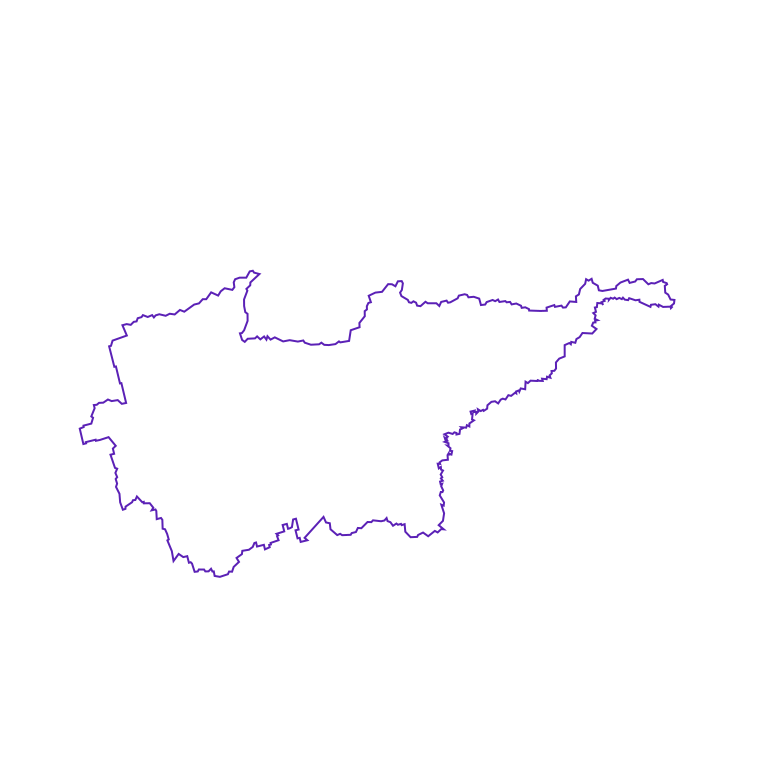 the district of Snowy Valleys, New South Wales, Australia, rotated 247°
{"feature_id": "25037944B29882714445476", "entity_name": "Snowy Valleys", "entity_type": "district", "adm_level": 2, "iso_a3": "AUS", "parent_name": "Australia", "parent_adm1": "New South Wales", "projection": "natural_earth1", "projection_center": [148.158, -35.943], "detail": "fine", "context": "isolated", "style": "outline", "palette": "violet", "viewbox_px": 768, "rotation_deg": 247, "n_neighbors": 0, "source": "geoboundaries", "source_scale": "gbopen_adm2", "svg_char_len": 6149}
<svg xmlns="http://www.w3.org/2000/svg" viewBox="0 0 768 768"><g transform="rotate(247 384 384)"><path d="M273.5,153.1L270.6,157.6L269.9,166.0L271.9,168.1L270.6,170.8L274.4,174.2L276.9,181.0L281.5,180.3L282.9,186.7L285.8,188.4L284.2,194.9L285.3,199.5L288.3,202.6L288.1,204.3L284.0,203.6L282.9,210.6L278.3,209.8L278.4,215.0L280.7,215.4L280.5,217.2L282.0,217.5L281.4,225.9L285.8,226.1L286.0,227.4L288.1,226.5L287.3,234.6L293.8,235.6L293.2,239.9L288.2,239.1L288.0,240.7L288.2,243.3L294.8,247.4L294.4,250.3L283.4,248.5L283.9,245.4L275.7,244.1L275.3,246.3L271.2,245.6L270.1,252.4L273.4,250.8L285.3,276.4L279.2,276.5L277.0,279.7L271.2,278.0L263.2,281.9L263.2,285.1L261.2,286.4L258.2,294.4L259.4,296.0L258.7,300.3L261.7,303.7L260.1,306.8L263.4,314.9L261.8,318.4L262.8,320.6L258.8,327.7L258.2,331.0L259.6,334.0L256.4,333.7L254.3,335.9L250.0,336.9L250.7,340.9L249.0,341.8L248.6,345.0L247.2,345.1L246.9,348.2L239.7,345.9L232.6,348.6L230.3,354.8L231.7,356.4L232.0,361.9L226.6,365.2L228.9,373.4L226.4,375.4L228.1,380.0L226.9,382.2L232.7,379.2L235.0,384.8L241.5,388.8L250.5,389.6L248.7,391.4L251.5,393.0L259.7,391.8L262.4,394.1L261.7,395.6L262.9,396.9L267.5,396.7L269.4,398.5L269.6,397.0L272.3,397.5L272.0,400.3L274.9,399.5L275.4,401.2L278.5,400.8L281.3,404.5L282.9,403.1L285.4,403.9L284.9,401.5L289.6,402.3L288.5,404.4L290.1,404.5L290.9,407.8L289.3,413.2L293.7,414.7L295.0,416.5L292.8,416.3L294.0,417.1L292.7,418.5L295.6,420.5L296.7,418.7L298.9,420.1L302.6,418.2L302.0,419.3L304.3,420.2L307.0,417.3L307.0,420.2L308.5,419.9L308.9,417.9L309.1,419.5L309.7,418.8L310.8,418.9L309.7,419.5L310.6,422.1L314.1,420.0L314.0,424.3L311.2,427.7L312.0,429.9L310.6,431.6L309.2,431.0L308.6,434.0L312.4,436.2L312.5,438.8L314.0,438.2L311.7,442.6L313.7,444.2L311.6,446.0L314.3,447.2L315.4,452.6L317.0,451.2L322.3,454.1L322.3,452.6L324.8,452.9L324.1,457.0L323.0,455.9L322.3,458.0L320.6,457.3L321.8,460.2L324.0,460.6L321.3,462.5L321.5,465.1L320.3,465.3L321.0,469.3L324.0,470.9L325.6,475.9L324.7,479.5L321.5,481.5L324.0,485.3L324.1,487.6L322.3,489.8L325.1,494.1L323.4,496.4L324.8,501.4L323.7,502.1L325.5,502.7L325.4,505.7L324.1,505.6L326.5,508.1L324.0,511.9L330.8,515.2L328.6,516.8L329.8,520.2L326.9,526.2L328.0,527.6L326.8,527.0L324.8,531.3L327.1,531.6L324.9,535.6L327.0,536.9L324.8,539.6L327.2,539.8L328.2,542.6L330.5,543.3L329.6,546.0L331.0,548.4L336.7,550.7L338.9,555.2L338.8,561.1L349.2,565.5L349.3,570.6L347.6,571.5L349.6,572.8L347.2,576.2L350.2,578.7L350.7,582.4L353.4,586.6L349.1,595.4L351.6,601.1L356.4,598.1L358.8,600.6L358.1,602.7L359.8,603.1L359.3,605.5L361.7,603.4L364.5,605.6L367.5,604.4L367.6,607.3L372.0,608.0L371.6,610.0L375.2,612.0L373.0,616.2L371.1,616.7L374.3,616.2L374.3,619.5L375.6,619.1L376.1,621.4L374.5,624.5L373.6,624.0L374.8,626.3L373.0,628.2L373.4,630.1L371.2,631.3L371.3,634.2L369.2,636.1L370.1,637.7L367.6,638.6L365.8,641.5L367.2,643.2L362.8,648.2L361.8,652.0L359.8,651.3L350.9,659.4L352.6,660.7L351.4,665.0L348.0,666.9L349.6,668.0L345.9,671.0L343.3,677.9L341.7,677.7L342.3,679.1L343.6,678.5L344.8,682.4L347.9,684.2L349.8,680.8L355.3,680.5L358.2,678.6L364.6,680.8L365.2,683.6L366.4,683.6L368.9,680.8L370.9,681.2L370.8,672.4L372.5,669.4L372.5,666.3L379.4,663.4L381.6,657.7L380.2,655.3L381.1,649.6L384.7,649.4L385.0,641.3L383.4,636.1L381.2,634.8L384.3,621.4L386.3,618.4L391.0,619.2L395.6,615.7L399.7,616.2L399.2,612.7L401.5,611.0L397.6,608.3L394.8,601.7L390.3,598.4L389.7,594.9L384.4,593.0L387.4,587.3L383.5,581.3L384.4,578.6L386.8,578.0L388.2,571.5L390.1,571.6L390.8,563.5L387.8,562.5L390.1,556.6L394.9,546.3L396.3,546.7L399.4,544.0L400.3,540.5L402.5,540.7L406.4,537.2L407.4,532.6L410.3,532.1L411.3,528.8L412.9,528.1L414.4,522.3L417.2,522.0L416.8,518.7L418.9,516.8L419.3,510.5L417.6,508.2L418.8,504.1L425.4,505.0L429.2,500.7L430.8,495.6L433.5,495.3L435.1,493.3L436.1,487.4L434.1,485.3L433.3,476.9L433.8,474.7L436.3,474.2L437.2,468.7L434.2,465.4L437.8,463.8L441.2,455.8L443.5,454.3L441.4,448.0L443.2,445.1L446.3,445.3L448.6,443.4L448.0,440.9L449.5,438.9L452.1,438.8L458.1,434.4L461.8,434.5L463.6,437.2L469.3,440.7L471.8,440.5L473.1,436.9L469.5,432.7L472.7,430.3L474.3,426.8L469.6,418.2L471.5,411.8L471.2,404.4L464.4,403.9L464.7,401.3L462.3,398.6L459.3,397.4L458.6,394.7L453.9,392.8L449.8,385.2L445.8,383.7L446.5,374.4L437.3,368.7L439.4,360.0L440.8,359.2L439.7,354.9L441.4,348.4L443.4,344.3L446.5,342.5L445.9,339.8L448.7,332.1L453.0,327.2L455.6,326.7L456.7,321.3L461.2,314.3L462.6,307.8L469.6,301.7L469.2,296.9L473.5,295.4L470.8,293.1L474.6,292.2L473.4,287.6L477.4,285.8L476.4,283.1L478.9,276.2L477.2,272.3L480.0,270.6L486.9,271.2L486.4,273.1L488.1,276.2L495.4,283.1L501.9,285.8L504.4,284.4L510.4,285.7L516.5,288.2L523.3,294.7L525.3,294.5L527.1,299.4L529.7,300.7L533.9,312.3L537.3,307.9L539.5,307.5L540.1,304.4L535.7,298.8L538.3,292.7L538.6,287.9L536.3,285.4L531.6,284.1L529.9,281.2L534.4,274.7L533.1,269.9L530.2,265.9L535.9,260.7L531.5,253.5L532.9,250.3L530.5,245.2L531.3,240.3L528.6,228.4L531.9,225.1L529.8,218.5L532.4,214.2L532.1,209.7L536.0,204.4L536.4,200.6L535.2,198.2L538.0,197.5L538.0,192.7L541.6,189.0L540.3,186.9L540.8,183.0L538.3,180.7L539.0,177.9L537.4,174.0L539.7,170.5L540.3,166.2L529.1,166.2L530.0,151.1L525.8,147.6L526.1,145.7L505.2,142.5L504.9,144.1L487.7,141.2L487.4,142.6L467.3,139.2L468.2,134.9L473.2,132.6L474.7,126.6L477.6,123.8L476.5,118.3L478.0,114.3L477.1,111.5L478.0,108.7L474.8,108.2L468.5,101.9L466.6,103.0L461.9,99.1L463.1,91.1L461.7,90.7L461.8,86.5L446.2,83.8L445.8,86.6L447.0,86.8L445.4,96.8L444.3,96.6L443.5,100.6L442.7,109.7L431.9,112.9L430.5,109.2L425.2,108.3L425.8,104.6L411.9,103.6L410.3,105.3L407.1,102.0L402.5,102.0L401.4,99.9L396.6,99.4L394.0,97.1L386.3,97.6L378.2,94.9L370.3,94.5L370.1,97.2L372.1,98.2L373.6,105.9L375.1,107.5L374.4,109.8L377.0,112.6L369.6,115.3L369.4,116.8L368.0,116.3L365.8,121.8L360.3,123.3L358.5,120.8L357.8,124.6L356.1,124.8L348.4,122.0L347.8,126.4L345.6,126.9L337.3,123.7L335.8,125.7L330.7,125.8L325.0,125.1L324.7,123.5L313.1,123.4L303.3,121.1L307.8,128.6L303.1,131.6L302.4,135.6L295.7,134.6L295.5,136.4L293.7,137.1L285.1,136.3L284.2,139.3L285.6,141.1L283.5,145.9L281.3,146.3L280.1,149.3L281.5,152.6L278.4,152.8L278.0,154.1L273.5,153.1Z" fill="none" stroke="#5b21b6" stroke-width="2"/></g></svg>